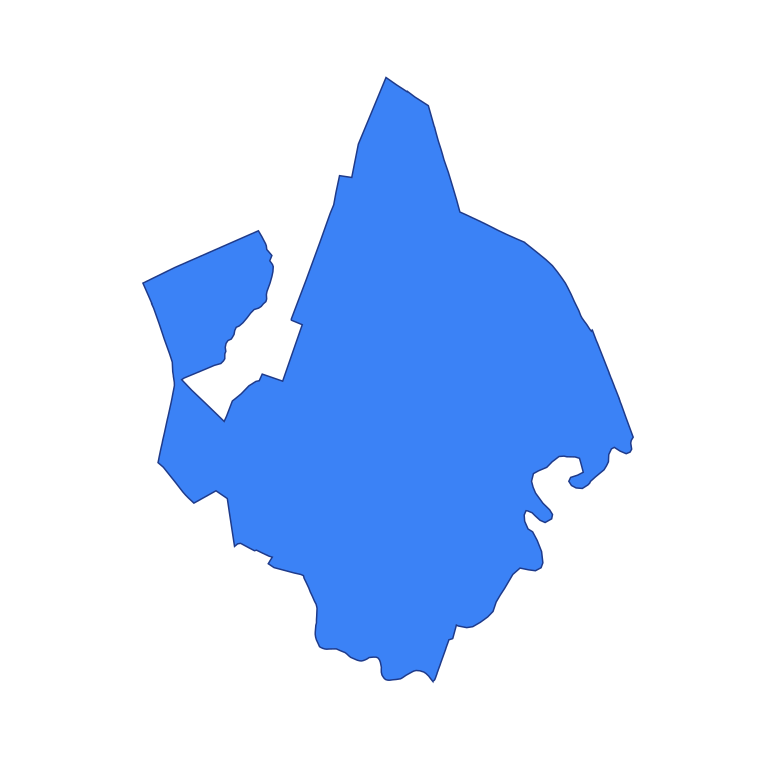 outline of Poienarii Burchii, Dâmbovita, Romania, rotated 170°
{"feature_id": "2599482B3003750716063", "entity_name": "Poienarii Burchii", "entity_type": "district", "adm_level": 2, "iso_a3": "ROU", "parent_name": "Romania", "parent_adm1": "Dâmbovita", "projection": "albers", "projection_center": [25.941, 44.724], "detail": "fine", "context": "isolated", "style": "filled", "palette": "blue", "viewbox_px": 768, "rotation_deg": 170, "n_neighbors": 0, "source": "geoboundaries", "source_scale": "gbopen_adm2", "svg_char_len": 4645}
<svg xmlns="http://www.w3.org/2000/svg" viewBox="0 0 768 768"><g transform="rotate(170 384 384)"><path d="M328.8,685.5L353.9,646.1L367.6,624.7L379.9,593.0L391.6,596.9L397.9,581.3L402.4,569.2L407.3,561.5L422.2,535.2L442.8,499.7L464.1,463.9L464.1,462.9L454.2,456.6L483.3,404.4L502.2,414.9L506.3,408.9L509.7,408.8L517.3,405.7L526.4,399.1L532.6,395.6L536.3,393.6L544.6,379.7L547.9,374.9L563.9,397.0L574.6,411.5L582.5,423.4L579.8,424.6L575.8,425.5L557.0,429.7L547.9,431.8L541.1,432.5L538.1,434.6L536.4,436.5L536.1,438.3L535.5,441.4L534.1,443.6L534.0,447.6L532.5,451.4L530.1,453.9L526.6,454.8L525.2,456.3L523.1,458.8L521.7,462.6L519.7,465.5L516.5,466.3L512.3,468.8L507.5,472.8L503.0,477.0L499.0,479.9L494.3,480.5L491.5,481.7L488.9,483.9L486.0,485.7L484.8,488.1L484.3,492.5L483.2,495.4L478.7,503.2L475.8,509.2L473.9,513.9L472.7,518.8L473.1,521.1L475.1,525.2L472.1,530.0L474.7,534.5L476.1,536.8L475.9,540.5L476.3,542.8L477.5,546.5L478.7,550.3L481.1,556.7L569.6,535.1L578.0,532.7L603.9,525.2L600.1,509.7L598.6,503.4L598.9,503.3L597.7,498.7L595.0,482.7L593.8,474.6L592.6,466.4L589.9,450.8L588.7,442.3L589.8,433.8L589.9,433.2L590.0,428.7L590.1,428.3L590.2,422.1L590.7,418.8L592.1,415.1L593.8,410.7L595.1,407.2L596.7,403.1L599.5,396.3L602.4,389.3L603.1,387.7L603.3,387.3L608.8,373.8L611.7,367.0L612.8,364.1L614.4,360.4L615.3,358.2L617.3,353.2L618.2,350.9L619.0,348.8L619.8,346.8L620.2,345.8L615.8,340.4L611.0,331.6L606.2,322.8L602.0,314.8L600.9,312.7L598.6,308.9L596.3,305.6L591.9,299.7L568.0,308.0L558.2,298.4L558.6,284.2L559.4,250.0L555.9,252.0L552.9,252.0L545.3,246.0L540.5,242.3L538.4,242.5L532.8,238.4L527.1,234.4L524.1,232.9L526.7,230.0L529.2,227.1L524.2,222.3L512.8,217.0L505.3,213.5L499.0,210.9L496.6,209.3L496.4,206.5L495.2,202.4L493.5,196.2L492.7,192.0L491.5,187.7L490.2,182.3L489.1,178.9L488.9,176.0L488.9,174.7L489.4,172.4L490.6,167.0L491.4,163.7L492.0,160.4L493.0,158.3L493.8,155.3L494.8,151.5L495.2,149.5L495.3,146.6L495.0,143.8L493.9,139.7L493.1,136.5L491.7,135.3L490.0,134.2L488.2,133.3L486.4,132.8L484.5,132.6L480.5,132.0L476.9,131.4L473.5,129.1L468.9,126.2L467.4,124.5L465.7,122.2L464.3,120.6L459.6,117.5L458.2,116.6L456.2,115.7L454.5,115.2L452.8,115.2L450.5,115.6L448.1,116.3L446.2,117.2L444.7,117.1L442.0,116.9L439.3,116.4L437.7,115.5L437.0,114.4L436.3,112.8L435.9,110.5L435.8,106.3L435.8,105.3L436.0,104.5L436.2,103.7L436.7,100.6L436.5,97.7L435.8,95.9L434.8,93.8L433.5,92.5L431.7,91.7L429.8,91.3L426.8,91.2L423.3,90.9L418.9,90.8L416.9,91.5L412.7,93.4L406.3,95.6L404.6,96.1L402.1,96.3L398.3,95.3L396.9,94.5L394.9,93.5L392.9,91.6L390.7,88.6L389.2,85.6L387.5,82.5L387.4,82.8L386.8,83.1L386.1,83.4L385.7,83.7L385.0,84.5L384.8,85.0L384.6,85.2L384.3,85.7L383.5,87.1L382.2,89.4L381.4,91.0L380.7,92.1L380.3,92.9L379.2,94.8L378.3,96.4L378.0,96.8L376.5,99.6L369.4,112.0L368.6,113.6L365.6,118.8L364.8,120.3L364.6,120.8L360.7,121.3L360.4,121.6L355.7,131.6L354.6,134.0L352.9,132.8L344.8,129.7L338.7,129.6L330.5,132.6L322.3,136.6L316.1,141.1L311.4,149.8L306.3,155.8L300.6,161.9L295.4,168.0L290.2,174.1L282.0,179.1L273.9,175.9L267.3,173.8L261.2,175.8L258.6,180.3L257.9,191.6L260.3,203.4L263.3,212.6L267.3,216.2L269.3,224.4L268.7,230.6L266.1,234.6L264.6,234.1L260.5,231.5L258.0,227.9L254.0,222.7L249.4,219.6L242.3,222.1L240.7,226.2L242.7,231.3L248.2,239.0L253.7,250.3L255.1,256.5L255.6,262.6L252.4,269.8L246.8,271.7L238.1,273.7L231.9,278.2L224.2,282.2L219.2,281.7L216.6,280.6L208.5,279.0L204.4,276.9L204.0,273.3L203.5,267.7L203.1,262.5L209.2,260.6L216.4,259.6L218.9,256.1L217.0,251.5L212.9,248.3L206.8,246.7L200.7,249.2L198.6,250.7L197.6,252.2L191.9,255.8L182.2,261.3L179.1,264.8L176.5,268.4L174.9,275.5L171.3,280.6L168.2,281.6L163.1,276.9L157.6,273.3L153.5,274.2L151.4,276.8L151.3,282.9L150.3,285.5L147.8,288.4L148.0,289.2L151.7,309.8L153.9,322.7L154.6,325.9L154.5,326.2L154.7,327.0L154.9,328.7L155.1,328.8L155.0,329.4L155.3,330.7L156.8,338.1L156.9,338.6L157.4,340.6L157.5,340.7L157.4,341.0L159.0,349.0L159.0,349.3L159.2,349.6L160.2,354.8L160.4,354.9L160.3,355.6L166.7,387.1L167.4,390.0L169.4,400.6L169.6,401.0L170.1,400.5L170.6,400.0L171.8,402.1L173.5,406.2L173.7,406.7L174.8,409.0L175.7,410.7L177.5,414.5L178.4,417.2L179.4,422.4L182.3,432.4L184.1,439.6L186.3,447.0L187.9,451.9L188.0,452.1L190.4,457.4L194.0,464.7L197.6,471.3L203.0,478.4L210.5,487.1L220.9,498.9L220.9,499.1L227.9,503.7L237.4,510.1L245.0,515.5L255.2,523.2L265.1,530.3L267.4,531.9L267.6,532.0L274.5,536.9L279.4,540.2L280.5,552.4L282.2,567.2L283.8,580.6L283.8,580.8L286.0,594.4L286.5,599.7L287.1,605.0L288.3,613.7L289.2,623.0L289.6,628.3L289.8,628.6L292.0,650.4L303.8,661.3L310.2,668.2L310.5,667.8L320.0,676.7L328.8,685.5Z" fill="#3b82f6" stroke="#1e3a8a" stroke-width="1.5"/></g></svg>